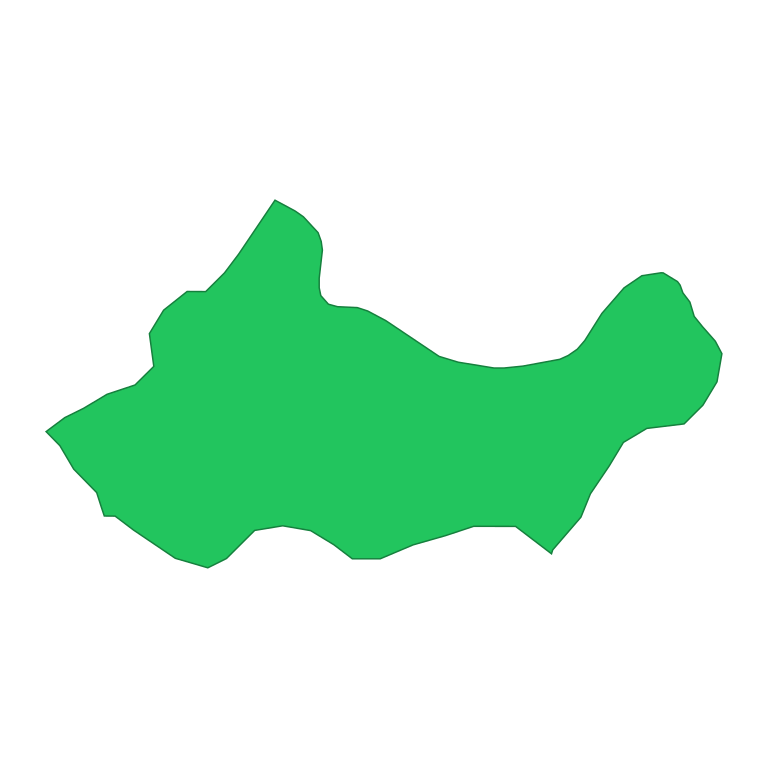 Yonthan, Hwanghae-bukto, North Korea
{"feature_id": "82179303B91092350263646", "entity_name": "Yonthan", "entity_type": "district", "adm_level": 2, "iso_a3": "PRK", "parent_name": "North Korea", "parent_adm1": "Hwanghae-bukto", "projection": "robinson", "projection_center": [125.982, 38.695], "detail": "fine", "context": "isolated", "style": "filled", "palette": "green", "viewbox_px": 768, "rotation_deg": 0, "n_neighbors": 0, "source": "geoboundaries", "source_scale": "gbopen_adm2", "svg_char_len": 1109}
<svg xmlns="http://www.w3.org/2000/svg" viewBox="0 0 768 768"><path d="M104.3,516.0L115.1,516.1L133.6,530.1L147.5,539.5L175.3,558.3L207.8,567.8L226.5,558.5L254.7,530.4L282.7,525.8L310.6,530.6L333.8,544.7L352.3,558.8L380.2,558.8L413.0,544.9L445.6,535.6L473.7,526.3L515.6,526.4L551.5,553.8L552.7,549.9L580.9,517.2L590.4,493.8L609.3,465.8L623.4,442.4L646.8,428.4L684.1,423.9L702.9,405.2L717.0,381.8L721.9,353.7L715.3,341.2L702.6,326.8L694.2,316.4L689.9,302.1L682.9,292.9L680.1,285.1L677.5,281.6L663.2,272.9L661.0,272.8L641.9,275.7L624.1,287.8L601.9,313.4L584.8,340.5L577.3,349.2L568.2,355.5L559.8,359.3L522.9,366.1L504.2,368.0L493.9,368.0L458.2,362.2L439.1,356.4L385.9,320.7L367.7,311.0L357.3,307.6L337.5,306.7L328.4,304.2L320.8,295.6L319.2,287.8L319.2,278.2L322.4,250.1L321.2,241.4L318.1,232.7L303.4,216.8L295.1,211.0L275.0,200.2L257.5,226.2L238.6,254.2L224.5,272.9L205.7,291.6L187.1,291.5L163.6,310.2L149.4,333.6L153.8,366.4L135.0,385.0L107.0,394.3L83.6,408.3L64.8,417.6L46.1,431.6L59.9,445.7L73.7,469.1L87.5,483.2L96.7,492.6L101.2,506.7L104.3,516.0Z" fill="#22c55e" stroke="#15803d" stroke-width="1.5"/></svg>